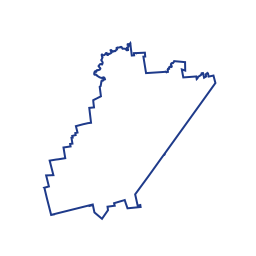 outline of Méndez, Tamaulipas, Mexico, rotated 166°
{"feature_id": "50627088B67247085370697", "entity_name": "Méndez", "entity_type": "district", "adm_level": 2, "iso_a3": "MEX", "parent_name": "Mexico", "parent_adm1": "Tamaulipas", "projection": "robinson", "projection_center": [-98.5, 25.209], "detail": "fine", "context": "isolated", "style": "outline", "palette": "blue", "viewbox_px": 256, "rotation_deg": 166, "n_neighbors": 0, "source": "geoboundaries", "source_scale": "gbopen_adm2", "svg_char_len": 5157}
<svg xmlns="http://www.w3.org/2000/svg" viewBox="0 0 256 256"><g transform="rotate(166 128 128)"><path d="M32.3,150.5L32.4,158.2L35.0,158.3L35.5,158.3L37.3,158.4L37.2,161.2L37.3,161.2L37.3,161.6L37.6,161.7L37.7,161.9L37.8,162.1L38.2,161.8L39.0,161.6L39.3,161.3L39.4,161.2L39.7,161.2L39.7,160.6L39.7,159.8L39.7,159.1L42.0,158.4L42.0,163.2L43.3,163.3L43.6,162.7L43.9,162.3L44.0,162.0L44.1,161.9L44.3,161.8L44.6,161.8L44.7,161.7L44.8,161.7L45.3,161.4L45.7,161.3L46.1,161.1L46.7,161.0L46.9,160.9L47.3,160.8L47.4,160.7L47.6,160.6L48.0,160.2L48.2,159.8L48.3,159.7L48.9,159.3L49.3,158.9L49.5,158.8L49.3,161.5L55.8,162.6L62.1,163.7L61.9,167.4L61.6,171.8L58.6,169.9L56.7,178.1L67.0,181.7L67.3,181.1L68.1,180.6L68.6,180.1L68.9,180.0L69.2,180.2L69.3,180.4L69.7,180.4L70.2,180.2L70.3,180.1L70.5,180.0L70.9,179.5L70.9,179.0L71.1,178.8L71.1,178.6L70.9,178.2L70.6,177.5L70.7,177.0L71.0,176.7L71.3,176.7L71.6,177.0L72.5,177.1L72.7,177.3L73.0,177.3L73.5,176.7L73.4,176.4L74.0,176.0L74.1,175.8L74.0,175.4L74.4,175.3L74.6,175.4L74.7,175.5L74.9,175.6L75.1,175.2L75.4,175.0L75.4,174.4L75.7,172.8L76.6,172.9L77.1,172.7L77.4,172.9L77.7,173.2L77.7,173.4L77.8,173.6L78.0,173.6L78.0,173.4L78.2,173.5L81.8,174.1L97.2,176.9L95.8,193.5L94.0,193.2L93.4,197.0L101.9,198.7L102.0,198.6L102.2,198.8L104.2,199.2L104.5,197.0L106.8,197.4L105.9,204.9L105.3,209.3L105.2,209.4L105.2,209.8L105.6,209.5L106.1,209.1L107.0,209.2L107.5,209.3L107.8,209.4L108.0,209.4L108.2,209.0L108.3,208.8L108.0,208.5L107.8,208.4L107.8,208.2L107.7,208.2L107.4,207.9L107.5,207.5L107.5,207.4L107.7,207.2L107.9,206.8L108.2,206.7L108.3,206.5L108.6,206.4L109.1,206.3L109.5,206.2L109.4,205.5L109.2,205.1L109.0,204.9L108.9,204.6L108.9,204.1L109.0,203.9L109.1,203.6L109.3,203.6L109.9,203.6L110.3,203.7L110.5,203.8L110.7,204.0L110.7,204.5L111.0,205.0L111.2,205.3L111.3,205.4L112.8,206.0L113.0,206.1L113.7,206.1L113.9,206.1L114.1,206.2L114.2,206.5L114.3,206.8L114.5,207.5L114.6,208.0L114.9,208.3L115.1,208.4L115.3,208.4L115.5,208.4L115.5,208.1L115.8,208.1L116.9,208.3L117.9,208.3L118.2,208.3L118.5,208.6L118.9,208.6L119.5,208.5L119.5,208.4L119.8,208.2L119.7,206.9L120.2,206.9L121.4,205.9L121.6,205.8L121.8,205.7L122.3,205.7L122.5,205.9L122.7,206.1L123.1,206.0L123.3,205.9L124.1,205.7L124.3,205.9L124.3,206.3L124.5,206.4L124.8,206.5L124.9,206.8L125.2,207.2L125.3,207.4L125.4,207.6L125.7,207.7L125.9,207.7L125.9,207.3L125.8,207.2L126.1,207.1L126.0,206.7L125.8,206.5L125.8,206.4L125.6,206.3L125.7,205.4L125.8,205.1L126.0,205.0L126.4,204.9L126.6,204.7L127.0,204.7L127.4,204.5L127.6,204.5L127.8,204.4L128.4,204.3L128.6,204.5L128.8,204.7L129.1,204.7L129.4,204.7L129.6,204.6L129.7,204.4L129.6,204.1L129.8,203.7L130.0,203.7L130.3,203.8L130.5,204.0L130.6,204.4L130.8,205.4L130.7,205.9L130.8,205.9L131.2,206.0L131.5,205.9L131.9,205.5L132.0,205.4L132.0,205.2L132.4,205.0L132.6,204.9L132.8,204.8L133.1,204.6L133.6,204.5L134.3,204.6L134.9,204.8L135.1,204.8L135.3,205.0L135.3,205.5L135.6,205.6L135.9,205.3L135.9,204.8L135.9,204.5L135.8,203.8L135.7,203.6L135.7,203.4L135.7,203.2L135.9,203.1L135.7,202.6L137.0,200.8L137.5,200.4L137.4,199.9L137.3,199.5L137.1,199.2L136.9,198.7L136.8,197.4L136.9,197.2L137.6,196.1L137.9,195.9L138.0,196.0L138.3,196.4L138.3,196.5L138.8,196.6L139.4,196.7L139.6,196.7L139.8,196.6L140.1,196.3L140.5,196.0L140.7,195.9L140.8,195.9L141.4,195.4L141.6,195.2L141.2,194.2L141.1,193.9L141.0,193.7L140.9,193.6L140.7,193.3L140.4,192.5L140.5,192.2L141.3,191.5L141.5,191.5L141.8,191.4L142.2,191.4L142.5,191.4L142.8,191.3L143.2,191.5L143.5,191.6L143.9,191.6L144.1,191.6L144.3,191.6L144.5,191.5L144.6,191.4L144.8,191.2L144.8,190.9L144.8,190.6L145.2,190.2L145.3,190.2L145.5,190.2L145.6,190.3L145.6,190.5L146.1,191.0L146.4,190.9L146.6,190.7L146.9,190.4L147.0,190.3L147.0,190.1L147.3,189.8L147.7,188.8L147.7,188.7L147.6,188.4L147.7,188.1L147.6,187.9L147.3,187.7L147.2,187.7L146.5,187.8L146.4,187.8L146.3,187.5L146.0,187.2L145.8,186.8L145.7,186.8L145.7,186.6L145.3,186.2L145.1,186.0L144.9,185.7L143.7,184.5L143.6,184.3L143.4,184.2L142.7,183.6L142.3,183.4L141.9,183.2L141.5,183.0L140.4,182.5L140.2,182.6L140.1,182.9L139.9,182.9L139.8,183.1L139.5,183.1L139.3,183.0L138.9,182.6L138.6,181.8L138.6,180.8L139.7,180.8L140.0,180.6L140.1,180.4L140.6,180.1L141.3,180.5L141.6,180.5L142.0,179.9L142.1,179.7L142.3,179.6L142.5,179.7L142.7,179.3L142.7,179.1L142.8,178.9L143.0,178.5L143.1,178.4L143.1,178.2L144.4,175.3L145.5,174.8L146.6,165.3L155.0,163.4L155.2,162.4L155.4,161.1L156.0,156.2L160.7,156.9L161.3,152.3L162.6,142.0L165.7,142.4L166.5,142.4L170.6,142.5L178.1,142.4L178.1,135.8L180.4,135.8L180.5,133.8L184.0,133.8L184.0,132.1L185.2,132.2L185.7,126.3L188.0,126.5L188.2,124.0L195.3,124.7L196.2,113.9L203.2,114.5L205.6,114.8L211.9,115.3L211.8,100.3L218.9,101.8L218.9,90.4L223.7,90.3L223.6,90.1L223.7,79.4L223.6,62.2L221.4,62.1L221.5,62.3L220.0,62.3L211.8,62.3L204.8,62.3L203.2,62.3L184.3,62.3L184.3,61.7L182.4,61.7L182.4,62.3L180.7,62.3L181.0,54.2L175.2,46.2L167.3,53.1L166.9,56.6L159.7,55.8L159.7,58.4L155.2,58.6L148.6,58.9L148.4,55.6L147.9,50.2L134.9,48.3L134.7,50.3L137.4,50.3L137.1,61.9L119.2,76.8L102.4,91.1L99.4,93.6L99.1,93.3L98.6,93.8L98.8,94.1L72.7,116.2L47.1,137.9L32.3,150.5Z" fill="none" stroke="#1e3a8a" stroke-width="2"/></g></svg>